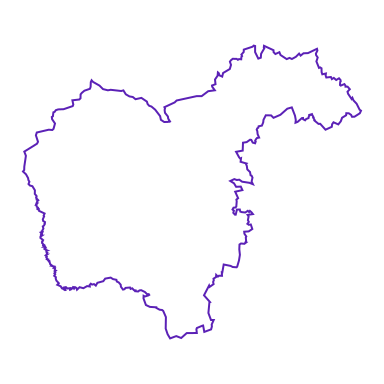 Kanturk Lea-4, Cork, Ireland
{"feature_id": "5873133B26556088806881", "entity_name": "Kanturk Lea-4", "entity_type": "district", "adm_level": 2, "iso_a3": "IRL", "parent_name": "Ireland", "parent_adm1": "Cork", "projection": "orthographic", "projection_center": [-8.958, 52.204], "detail": "fine", "context": "isolated", "style": "outline", "palette": "violet", "viewbox_px": 384, "rotation_deg": 0, "n_neighbors": 0, "source": "geoboundaries", "source_scale": "gbopen_adm2", "svg_char_len": 5838}
<svg xmlns="http://www.w3.org/2000/svg" viewBox="0 0 384 384"><path d="M211.1,329.4L211.9,326.5L211.7,324.5L213.7,320.0L211.0,320.0L208.4,313.0L209.4,302.3L210.0,302.1L204.0,295.3L209.1,285.5L209.6,286.9L213.6,284.1L213.1,282.0L213.8,280.2L213.5,278.7L216.0,277.1L216.2,274.9L217.9,276.6L219.0,275.7L222.0,275.8L221.8,272.3L222.3,272.4L223.7,264.5L230.6,265.9L232.7,267.0L236.6,267.3L237.2,266.6L239.0,260.4L239.9,254.8L239.3,249.3L239.5,244.5L241.0,243.5L244.4,243.8L246.2,242.4L245.5,242.2L246.1,241.0L245.8,237.5L246.3,236.5L244.4,233.7L244.2,231.7L248.7,231.4L252.3,229.0L250.8,224.5L248.8,224.8L247.4,223.8L248.8,221.9L247.9,220.2L248.6,216.5L247.6,214.9L252.9,214.1L251.6,212.4L249.9,210.9L249.1,212.0L247.8,210.8L245.3,212.5L241.7,212.1L240.3,211.6L239.8,209.5L236.9,209.6L235.7,214.7L235.0,214.7L233.3,212.8L233.9,210.7L232.5,209.5L233.5,207.7L235.5,207.5L236.3,206.5L236.7,201.4L236.4,199.6L238.1,198.2L235.2,191.7L242.4,190.1L240.8,186.6L236.1,186.8L234.0,183.3L230.3,181.0L234.3,179.1L236.8,180.0L239.3,179.7L242.1,181.7L249.4,182.8L252.9,184.2L251.6,181.5L252.5,177.6L251.6,175.7L250.6,175.3L250.0,172.0L247.3,169.4L246.8,165.9L246.0,164.0L246.5,163.5L240.6,161.8L241.0,158.3L240.3,158.7L239.1,157.3L236.1,151.8L242.7,150.6L243.0,142.7L246.7,142.1L250.1,139.7L251.3,139.9L252.7,142.6L255.1,143.3L255.7,141.6L255.1,140.9L255.9,139.3L257.0,138.0L259.1,137.6L257.6,134.1L257.3,131.1L256.7,129.7L257.3,128.3L258.3,127.7L258.6,126.3L261.9,125.6L263.2,122.4L263.5,119.8L265.8,115.3L271.1,115.4L273.5,117.8L280.4,114.8L287.3,108.7L291.8,107.4L295.0,115.7L295.8,120.1L295.5,122.7L297.6,121.9L301.9,118.1L303.0,118.0L303.1,119.2L305.1,120.3L306.2,119.0L308.5,118.1L308.9,116.1L309.5,115.6L309.3,114.9L311.7,114.2L311.6,114.9L312.3,115.0L313.6,117.4L313.2,117.7L314.7,120.1L314.4,120.5L318.5,123.9L320.2,123.8L325.5,129.7L331.8,126.8L332.1,124.3L333.5,122.3L338.3,124.4L340.8,121.3L342.1,117.7L346.1,115.3L346.3,113.2L348.8,113.3L351.1,114.9L352.0,116.8L354.5,116.7L359.8,113.3L361.0,110.7L359.6,109.7L356.6,103.7L353.5,100.4L352.4,97.8L351.6,99.0L348.1,93.8L347.5,91.7L349.8,89.2L347.6,86.7L345.5,86.7L345.5,85.7L344.4,84.1L340.7,85.6L340.0,85.0L340.2,81.9L340.7,81.3L340.5,80.0L339.0,78.3L336.2,80.0L333.8,77.9L331.9,79.1L330.9,77.0L326.3,77.5L325.6,75.5L325.9,73.5L322.3,74.3L321.6,72.1L321.5,68.3L320.1,67.4L319.0,67.9L316.4,61.4L317.7,57.5L316.1,55.1L315.9,53.6L317.4,50.6L317.0,48.8L308.0,53.1L303.5,53.3L300.6,55.6L299.1,53.6L295.9,56.8L291.9,59.0L289.5,57.9L286.7,59.1L280.5,55.0L279.4,52.2L275.4,54.0L273.6,52.2L273.5,50.2L264.0,45.8L263.8,47.6L264.3,48.3L261.1,53.8L260.8,57.7L258.3,58.6L255.1,52.1L255.1,46.0L253.7,45.6L252.6,46.7L243.8,49.6L243.7,52.0L241.4,54.6L242.1,56.1L241.4,56.9L241.2,59.3L239.0,59.1L237.9,59.8L236.7,58.9L232.7,58.8L230.9,60.3L229.9,61.7L231.0,64.9L229.8,69.0L223.1,73.0L222.2,76.6L219.5,75.4L218.8,73.3L218.3,73.0L218.3,72.7L217.9,72.4L217.6,75.7L215.0,79.5L215.5,84.2L212.0,85.5L212.2,86.7L214.8,90.3L208.2,91.2L201.7,96.1L196.8,96.1L176.6,100.5L174.7,102.4L164.4,107.2L165.0,108.5L164.6,109.9L165.0,112.8L167.9,116.5L168.2,118.6L170.0,121.5L169.6,121.7L169.0,121.1L168.1,121.9L164.2,122.0L160.9,119.8L160.1,116.1L155.2,109.7L151.4,106.5L149.2,105.8L147.6,104.0L146.9,101.6L141.4,97.9L135.5,99.2L132.8,97.0L129.4,96.4L125.8,94.3L123.4,90.4L121.2,91.0L110.7,89.8L107.9,90.3L103.0,89.1L99.5,85.6L93.0,81.9L91.6,80.3L90.8,82.1L90.6,86.9L89.9,88.8L84.4,90.7L81.8,92.9L80.6,94.4L80.5,98.3L79.3,99.5L72.4,100.3L73.3,104.6L72.7,106.1L63.6,109.2L58.2,109.4L55.8,110.2L54.6,111.9L53.4,112.3L52.9,116.3L51.8,117.0L52.1,119.2L55.0,123.5L53.5,128.9L52.3,130.0L48.8,129.7L36.8,132.5L35.9,135.3L38.0,141.8L37.0,143.7L24.3,151.6L25.9,155.8L24.3,166.6L24.2,170.0L23.0,171.5L26.0,174.3L28.1,178.1L28.4,180.0L29.4,181.8L28.5,184.0L29.9,185.5L32.4,186.2L34.9,190.3L34.8,193.9L36.5,195.9L36.6,196.9L36.1,197.3L36.6,199.4L37.3,199.2L38.3,200.3L37.3,201.2L36.3,203.8L37.0,203.7L36.0,205.0L36.5,205.1L36.7,206.7L37.9,207.6L37.5,208.5L38.2,208.7L37.7,209.2L39.1,210.1L39.1,210.9L44.6,213.5L43.6,215.8L44.1,216.4L42.8,219.3L43.2,221.0L45.0,222.1L44.8,223.3L44.2,222.8L44.8,223.9L43.9,225.6L42.8,226.4L43.4,228.6L42.3,230.5L42.6,231.2L41.4,231.6L41.2,232.4L42.3,232.6L42.0,233.4L41.1,233.2L41.8,234.2L40.9,234.8L40.9,235.7L41.8,235.7L40.5,236.6L40.4,237.9L43.1,240.1L42.2,241.5L43.0,242.3L42.1,242.0L42.0,242.9L43.3,244.3L43.0,245.4L43.7,246.0L43.7,245.3L44.4,245.2L44.7,246.1L44.2,246.5L45.0,246.4L45.7,247.6L44.5,247.8L44.4,249.0L47.0,250.3L46.2,250.4L46.5,252.2L47.3,252.6L46.5,254.6L46.9,254.6L45.6,255.5L46.8,256.6L46.3,257.5L47.1,258.4L46.8,259.2L48.2,259.5L48.0,260.2L48.9,261.4L49.2,260.1L50.1,264.0L51.8,265.4L51.3,265.8L54.6,266.6L53.7,267.9L55.1,268.1L54.7,270.1L55.8,270.6L54.7,271.5L55.3,272.6L54.4,273.3L55.2,274.3L54.2,275.8L55.9,277.2L55.7,278.6L56.4,280.6L58.8,283.2L57.3,284.8L60.7,286.3L61.9,288.3L63.1,288.2L63.2,289.0L65.0,290.1L65.5,290.0L65.2,289.0L63.9,288.8L63.8,287.5L65.9,287.1L67.4,288.5L69.5,288.2L70.0,289.8L70.9,289.4L70.5,288.5L70.8,288.1L72.5,288.4L73.1,287.0L74.4,287.3L73.7,288.0L74.1,288.6L75.1,287.2L76.4,287.9L77.0,289.7L79.6,287.2L83.4,288.2L87.1,286.1L89.8,286.5L89.6,285.1L90.8,283.7L92.1,284.6L94.0,284.1L95.8,285.6L97.4,282.8L103.3,281.2L105.2,278.6L110.7,277.6L113.0,279.1L116.4,279.8L116.8,281.5L118.7,282.4L120.7,284.7L120.9,286.7L123.0,289.6L124.5,289.2L125.5,287.9L130.0,287.5L130.6,288.9L132.2,288.3L134.0,290.2L135.5,290.4L135.3,291.2L138.1,291.5L139.5,290.4L141.2,290.2L144.9,292.0L147.0,294.1L148.7,294.1L149.2,294.9L148.4,295.4L144.9,296.5L143.6,295.8L143.5,298.4L145.9,305.0L149.9,306.9L156.3,307.3L156.3,307.9L159.6,309.7L162.1,310.0L163.2,310.9L165.9,317.1L165.7,328.6L167.6,334.2L170.1,338.4L176.2,336.1L181.2,338.0L186.7,333.1L196.8,333.0L196.4,329.2L196.9,328.0L202.6,325.6L203.1,325.5L204.3,331.9L211.1,329.4Z" fill="none" stroke="#5b21b6" stroke-width="2"/></svg>